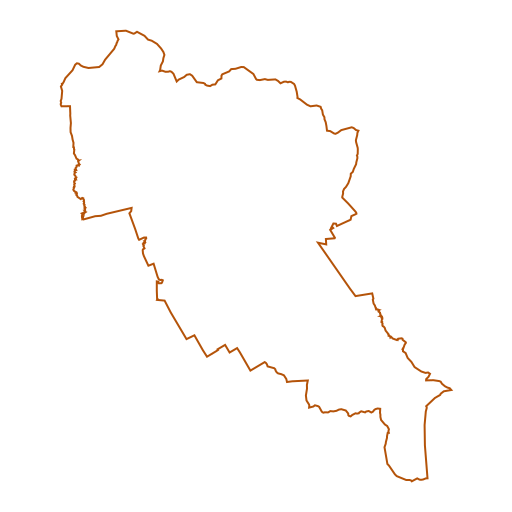 the district of Faget, Timis, Romania
{"feature_id": "2599482B21720752301587", "entity_name": "Faget", "entity_type": "district", "adm_level": 2, "iso_a3": "ROU", "parent_name": "Romania", "parent_adm1": "Timis", "projection": "albers", "projection_center": [22.161, 45.853], "detail": "fine", "context": "isolated", "style": "outline", "palette": "amber", "viewbox_px": 512, "rotation_deg": 0, "n_neighbors": 0, "source": "geoboundaries", "source_scale": "gbopen_adm2", "svg_char_len": 5912}
<svg xmlns="http://www.w3.org/2000/svg" viewBox="0 0 512 512"><path d="M427.5,478.3L424.9,445.3L424.6,425.0L425.8,411.5L426.7,408.1L426.7,407.1L426.2,406.2L435.0,397.9L440.2,394.9L440.7,393.7L443.8,391.3L451.3,390.0L449.7,388.2L447.5,387.6L445.0,386.3L441.9,383.7L440.7,381.7L439.3,381.1L433.4,380.2L426.1,380.4L426.2,379.1L428.5,376.8L430.0,373.8L428.1,372.5L425.5,372.9L421.3,371.5L414.6,367.1L411.4,361.9L407.7,358.0L405.6,353.0L403.0,351.3L403.0,349.7L402.5,349.4L402.9,348.3L403.4,348.1L404.6,344.7L405.9,342.8L405.7,342.2L402.6,339.8L402.5,338.7L401.6,338.3L398.3,338.7L397.8,339.8L397.4,339.4L396.7,340.0L392.7,338.5L391.2,336.9L390.4,337.5L390.2,336.4L388.9,335.9L389.2,335.5L388.3,334.7L388.5,334.2L385.6,330.6L384.7,327.8L383.6,326.5L382.7,326.1L382.3,324.9L382.6,323.8L382.2,322.7L381.7,322.4L382.0,321.8L381.5,321.6L382.0,319.2L382.4,318.9L382.3,317.9L381.8,317.9L381.9,317.0L381.3,316.9L381.4,316.4L380.5,316.2L381.3,315.9L380.3,314.8L380.5,314.2L380.0,313.4L380.0,312.6L378.7,311.7L379.0,310.8L378.3,310.6L378.3,310.2L379.0,309.9L376.9,309.2L376.2,309.5L375.8,308.7L375.9,307.7L375.3,307.0L374.9,305.5L373.6,303.6L372.8,299.5L373.4,298.7L372.2,293.4L355.5,296.1L350.0,288.7L318.0,242.7L326.2,244.4L325.9,239.0L334.6,238.3L334.9,237.8L330.2,229.9L333.2,228.0L332.5,227.3L331.8,228.2L331.1,228.0L333.4,223.5L336.0,223.7L336.9,226.0L350.6,219.7L351.4,216.1L356.3,213.9L356.6,214.5L356.2,212.6L355.3,211.4L348.1,203.4L342.3,197.6L342.2,197.1L343.1,193.5L343.0,191.5L343.4,190.5L344.1,188.9L346.0,186.9L348.3,183.2L350.7,176.3L350.8,173.7L352.8,171.9L353.8,168.9L356.1,164.2L356.3,162.4L357.4,158.1L357.3,156.4L356.9,155.6L357.7,153.9L357.8,149.3L357.7,147.9L356.1,142.1L355.9,140.2L357.2,135.1L357.4,132.9L358.4,130.7L356.1,130.1L353.6,128.0L351.7,127.3L341.3,130.1L337.8,132.7L335.5,133.8L334.1,133.5L330.2,131.1L327.0,130.7L326.4,125.9L325.7,122.2L324.5,119.3L324.4,117.2L322.9,114.6L322.2,110.3L321.2,108.8L320.6,106.8L316.6,105.5L310.5,106.3L307.0,104.7L300.1,99.4L297.4,98.0L297.5,96.7L296.7,91.7L295.0,85.7L294.1,84.0L290.9,81.9L289.1,81.8L287.9,82.3L286.1,81.6L284.0,81.7L280.5,83.3L278.0,80.9L275.4,79.4L267.8,79.9L264.9,79.1L259.9,80.1L256.9,79.8L256.1,79.1L253.4,74.0L243.8,67.1L241.2,67.0L235.5,68.8L231.2,69.1L229.2,71.4L222.3,74.3L221.5,75.6L221.4,78.5L217.9,80.3L215.3,84.4L212.4,84.7L210.1,86.1L207.1,85.6L205.3,84.7L205.0,83.8L203.4,83.0L196.8,82.2L192.2,75.7L189.9,74.2L186.7,74.8L184.2,77.0L178.7,79.6L176.7,81.5L173.5,73.8L171.5,71.8L169.9,71.2L168.3,71.7L165.5,71.8L162.0,70.6L159.6,71.2L160.1,70.2L160.8,65.5L162.9,61.4L163.4,58.1L164.4,54.9L163.4,52.0L161.1,48.5L157.0,43.9L151.7,40.7L148.0,39.6L144.5,35.8L137.0,31.8L134.4,33.5L133.4,33.7L125.9,30.7L116.3,31.3L116.8,36.0L118.5,39.4L117.7,40.6L117.0,42.7L116.6,43.1L116.2,44.9L115.4,46.0L114.2,48.8L105.1,59.7L102.5,64.3L99.2,67.0L88.5,68.0L83.4,66.8L80.8,65.5L78.9,63.7L76.9,63.3L75.2,64.7L72.5,70.3L65.4,78.1L63.6,82.1L62.6,83.7L61.9,83.8L62.1,84.8L60.9,86.5L62.2,90.9L61.5,98.8L60.7,101.0L61.2,102.8L60.7,104.0L60.8,104.8L61.5,106.3L70.0,106.2L70.3,113.7L70.2,115.5L70.9,123.1L70.5,127.9L70.6,132.2L72.0,135.9L72.6,139.6L73.5,142.8L73.3,147.1L73.9,147.3L74.0,149.2L74.3,149.5L73.9,153.5L75.0,155.1L76.5,158.6L78.1,159.6L78.1,160.7L78.8,160.6L78.2,161.1L78.5,162.4L78.9,163.7L79.6,164.5L79.1,164.8L78.9,165.6L77.7,165.2L76.6,165.6L76.7,166.7L75.5,168.2L76.2,170.0L74.8,169.9L74.9,170.7L74.5,171.6L75.5,172.4L74.6,173.0L74.3,174.7L75.3,175.7L75.7,177.0L76.4,177.4L76.0,178.2L75.2,178.5L75.9,179.5L75.0,179.6L75.1,180.6L74.1,181.2L74.2,182.7L74.9,183.5L74.2,184.4L74.6,186.2L74.0,186.6L74.2,187.4L73.7,187.7L73.8,188.5L73.3,189.7L74.1,191.0L74.7,191.2L75.2,192.0L76.4,192.2L76.9,193.2L76.8,193.7L76.3,193.9L76.8,194.2L76.5,195.2L77.1,195.6L77.5,196.9L80.8,199.1L82.2,197.9L83.3,198.3L83.3,199.2L83.9,199.8L84.0,200.9L83.6,201.4L84.1,202.1L84.1,203.1L83.7,203.8L84.6,204.9L84.2,205.8L84.9,206.7L84.6,207.3L85.4,207.8L84.7,208.4L85.1,208.8L85.0,210.1L84.4,210.3L85.2,211.1L84.5,211.9L85.4,212.2L84.5,212.8L84.0,213.7L83.5,212.8L81.7,213.5L82.7,214.8L81.9,215.9L82.0,217.1L83.2,216.7L82.9,217.6L83.0,218.5L82.3,218.8L82.3,219.3L83.4,219.1L83.6,219.4L95.2,216.2L100.9,215.8L106.7,213.8L131.6,207.9L131.2,211.1L129.4,213.3L135.2,229.1L138.3,238.5L139.1,239.8L144.1,237.5L146.1,237.5L146.2,238.5L145.4,239.2L145.0,241.1L144.4,241.2L145.1,242.2L144.2,242.6L144.8,243.1L144.7,243.4L143.5,243.4L142.9,244.0L143.8,245.5L143.4,246.0L144.5,248.4L142.9,249.4L142.7,250.4L143.0,253.5L143.9,256.1L148.4,265.7L153.6,263.7L157.6,276.8L158.8,279.3L160.3,280.0L161.7,279.8L162.8,280.3L162.0,282.6L161.4,283.2L158.8,283.3L158.1,282.6L158.3,281.7L156.8,281.4L156.8,290.8L157.1,298.8L157.4,298.9L157.0,299.9L164.6,300.6L170.7,312.4L186.5,339.1L194.4,335.3L202.8,350.1L207.0,356.7L216.2,351.2L218.0,350.0L217.6,349.3L225.1,344.9L229.6,352.5L237.1,348.1L239.9,352.4L250.4,370.6L264.7,362.1L266.0,363.0L266.9,364.3L267.6,366.4L274.2,368.2L275.3,369.3L275.6,370.6L276.7,372.3L278.1,373.4L281.1,374.1L283.9,375.3L286.3,379.0L287.0,382.0L292.2,381.3L307.8,380.5L306.9,384.9L307.0,388.6L305.9,395.5L306.5,400.5L309.1,404.6L309.3,405.6L309.1,407.6L313.4,406.5L314.9,405.3L317.9,406.1L319.1,406.8L321.7,411.5L322.5,412.3L323.6,412.7L324.6,412.3L328.1,412.4L330.3,411.1L333.3,411.4L336.5,410.8L338.9,409.6L341.3,409.2L345.8,410.5L348.2,413.5L348.3,415.1L348.8,415.8L350.6,416.4L352.2,415.0L355.5,413.3L357.0,413.6L358.8,413.3L359.2,412.6L361.2,411.3L365.1,412.4L366.2,411.5L368.7,411.0L371.3,412.5L372.9,411.7L374.3,409.9L375.5,409.1L377.6,408.5L380.2,408.8L380.0,412.8L380.4,414.7L380.4,416.9L381.1,420.0L384.9,424.5L387.2,426.0L388.9,429.2L388.4,431.4L388.8,432.8L387.7,432.9L387.0,436.3L387.0,437.8L385.9,442.0L385.7,443.8L384.5,447.2L387.4,464.0L388.9,465.5L394.9,474.3L396.7,476.1L406.2,480.0L409.7,480.0L411.3,480.6L411.8,481.3L417.2,478.4L419.5,479.6L421.0,479.8L423.1,479.5L425.8,478.4L427.5,478.3Z" fill="none" stroke="#b45309" stroke-width="2"/></svg>